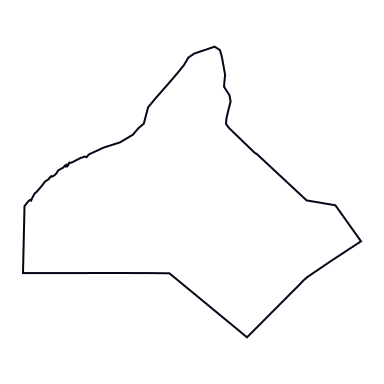 outline of Aoujeft, Adrar, Mauritania
{"feature_id": "47542326B38912627875653", "entity_name": "Aoujeft", "entity_type": "district", "adm_level": 2, "iso_a3": "MRT", "parent_name": "Mauritania", "parent_adm1": "Adrar", "projection": "albers", "projection_center": [-13.419, 19.526], "detail": "fine", "context": "isolated", "style": "outline", "palette": "ink", "viewbox_px": 384, "rotation_deg": 0, "n_neighbors": 0, "source": "geoboundaries", "source_scale": "gbopen_adm2", "svg_char_len": 1001}
<svg xmlns="http://www.w3.org/2000/svg" viewBox="0 0 384 384"><path d="M23.0,273.1L118.9,273.0L151.0,273.1L169.4,273.3L247.0,337.3L293.8,290.3L296.7,287.5L303.4,280.5L307.3,277.1L330.2,261.5L361.0,241.3L335.4,205.3L306.6,200.4L256.8,154.0L254.8,152.9L229.0,128.0L226.0,123.9L226.5,118.1L228.3,110.5L230.6,101.5L229.5,95.3L224.0,86.7L225.1,74.6L222.9,62.6L221.8,56.6L219.9,50.0L214.6,46.7L194.4,53.5L188.4,57.5L183.9,65.2L177.6,72.9L170.3,81.5L155.2,98.7L153.9,100.3L148.1,107.3L143.8,123.6L138.4,128.2L133.0,134.6L120.0,142.4L104.4,147.3L102.3,148.2L89.3,154.2L87.2,156.2L86.6,157.2L84.6,156.6L80.1,158.2L72.0,162.4L70.4,162.9L69.3,162.6L68.1,165.4L67.2,166.3L66.8,165.6L66.6,164.9L66.0,165.6L65.6,166.3L65.0,165.6L64.3,166.3L63.6,167.1L62.7,168.0L61.7,168.4L58.3,170.3L56.3,173.5L54.6,175.2L52.0,176.7L51.3,176.1L49.6,177.7L48.8,179.1L45.1,181.5L41.6,186.1L36.1,192.4L34.7,193.4L32.1,198.3L31.1,200.6L30.1,199.9L28.3,201.3L24.5,206.2L23.0,273.1Z" fill="none" stroke="#020617" stroke-width="2"/></svg>